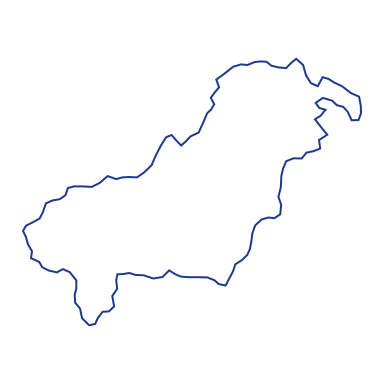 Ewbank da Câmara, Minas Gerais, Brazil (orthographic projection)
{"feature_id": "56859067B96490156816803", "entity_name": "Ewbank da Câmara", "entity_type": "district", "adm_level": 2, "iso_a3": "BRA", "parent_name": "Brazil", "parent_adm1": "Minas Gerais", "projection": "orthographic", "projection_center": [-43.556, -21.576], "detail": "fine", "context": "isolated", "style": "outline", "palette": "blue", "viewbox_px": 384, "rotation_deg": 0, "n_neighbors": 0, "source": "geoboundaries", "source_scale": "gbopen_adm2", "svg_char_len": 1783}
<svg xmlns="http://www.w3.org/2000/svg" viewBox="0 0 384 384"><path d="M359.1,96.7L350.9,93.1L342.0,86.2L334.3,82.6L328.5,78.9L322.6,77.2L317.8,86.2L310.9,83.2L306.0,75.3L303.1,65.0L296.2,58.8L291.0,63.1L286.1,68.1L279.1,67.5L271.4,65.7L266.6,61.8L260.7,61.4L254.5,62.1L247.5,65.0L241.1,64.4L233.2,66.7L223.7,74.2L216.3,79.6L219.1,87.4L214.3,92.9L210.8,97.9L214.2,104.2L211.2,109.4L207.1,113.4L203.8,121.2L198.7,132.5L190.5,136.4L185.6,141.6L181.2,145.5L176.1,140.3L171.6,135.0L166.0,137.3L160.5,146.3L155.6,155.8L151.6,165.2L144.1,172.4L137.0,177.4L128.7,177.0L122.3,177.4L116.2,179.1L107.6,176.1L100.0,182.7L91.8,186.9L83.1,186.4L74.1,186.4L67.9,188.0L65.5,195.2L59.7,199.2L52.3,200.5L45.9,203.4L42.9,212.2L39.6,218.5L33.2,222.1L26.0,225.7L23.0,230.9L26.0,237.2L27.9,244.1L32.0,251.3L31.0,258.2L39.2,261.9L42.2,267.2L48.6,270.5L57.0,272.4L62.7,269.1L69.7,272.1L76.3,280.3L76.3,288.4L74.7,294.7L75.1,302.6L80.0,308.5L82.1,318.3L89.1,325.2L95.1,324.0L97.9,317.9L102.6,311.8L108.9,311.4L114.1,306.5L112.3,295.9L117.2,288.8L116.2,280.2L117.4,274.3L123.3,274.0L129.3,273.0L135.5,274.9L143.7,275.3L153.2,278.5L162.6,277.0L169.1,270.4L175.5,274.3L180.7,276.6L188.6,277.2L198.0,277.2L207.3,277.4L214.5,280.3L218.8,284.1L225.6,285.5L229.5,278.0L233.2,271.0L235.2,264.4L241.8,260.2L247.2,255.0L250.0,248.9L251.4,240.8L252.4,233.2L255.2,225.4L261.6,219.5L268.3,217.5L274.4,218.2L280.2,214.3L281.2,204.7L278.4,196.9L280.8,187.3L281.4,175.5L283.2,168.3L286.1,161.3L293.4,158.3L301.7,158.5L306.4,152.7L313.4,151.2L320.2,148.5L319.0,140.0L327.3,134.7L321.8,128.1L315.0,119.3L320.8,115.6L325.5,109.7L319.3,108.0L315.7,102.9L322.8,97.9L332.2,100.6L336.8,105.2L343.2,106.8L347.7,111.8L351.7,120.3L358.5,120.0L361.0,113.4L360.8,105.9L359.1,96.7Z" fill="none" stroke="#1e3a8a" stroke-width="2"/></svg>